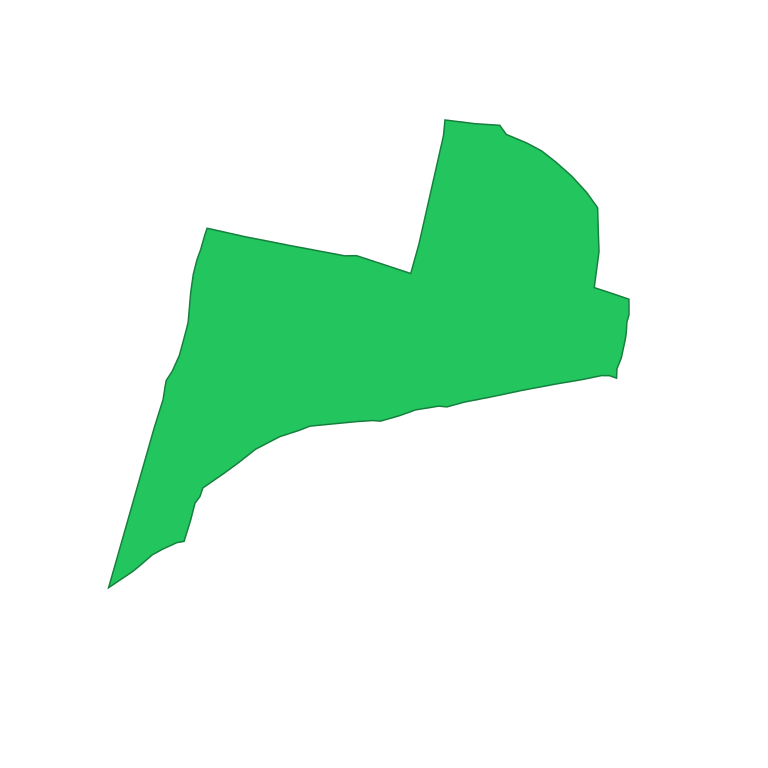 outline of Doun Penh, Phnom Penh, Cambodia, rotated 109°
{"feature_id": "14789045B63307875451806", "entity_name": "Doun Penh", "entity_type": "district", "adm_level": 2, "iso_a3": "KHM", "parent_name": "Cambodia", "parent_adm1": "Phnom Penh", "projection": "robinson", "projection_center": [104.926, 11.572], "detail": "fine", "context": "isolated", "style": "filled", "palette": "green", "viewbox_px": 768, "rotation_deg": 109, "n_neighbors": 0, "source": "geoboundaries", "source_scale": "gbopen_adm2", "svg_char_len": 1107}
<svg xmlns="http://www.w3.org/2000/svg" viewBox="0 0 768 768"><g transform="rotate(109 384 384)"><path d="M597.9,521.8L575.6,522.5L558.1,523.9L550.3,521.4L541.2,521.4L520.1,505.9L506.5,496.4L487.5,484.2L467.9,465.6L454.8,448.3L448.0,440.4L438.6,419.8L428.5,397.7L422.2,382.7L420.3,375.3L408.9,359.0L398.2,345.7L387.1,325.0L385.2,317.1L375.2,302.5L361.2,278.3L345.1,251.4L328.7,222.6L315.0,197.5L305.3,181.2L302.7,173.6L302.8,166.0L293.8,168.7L282.2,168.1L263.7,170.3L256.7,171.6L246.3,174.5L238.7,174.9L224.1,180.0L224.1,191.5L224.4,216.6L188.8,223.8L170.6,230.8L147.8,239.4L137.0,254.6L126.4,274.1L118.1,294.1L112.3,310.9L109.7,327.2L108.2,349.6L101.7,358.8L108.2,382.5L114.5,412.3L129.9,408.6L240.6,396.5L270.8,394.7L271.6,451.7L275.6,462.9L283.7,518.1L290.0,563.6L294.3,602.0L302.1,601.9L316.8,601.1L327.4,601.3L342.0,600.1L360.3,596.6L389.3,589.3L395.6,588.7L414.1,587.4L423.5,586.8L441.0,588.4L451.6,591.1L459.7,589.8L470.7,587.8L482.9,587.5L500.5,587.0L666.3,578.1L642.7,560.3L632.5,554.1L621.0,547.5L612.3,539.6L601.5,528.3L597.9,521.8Z" fill="#22c55e" stroke="#15803d" stroke-width="1.5"/></g></svg>